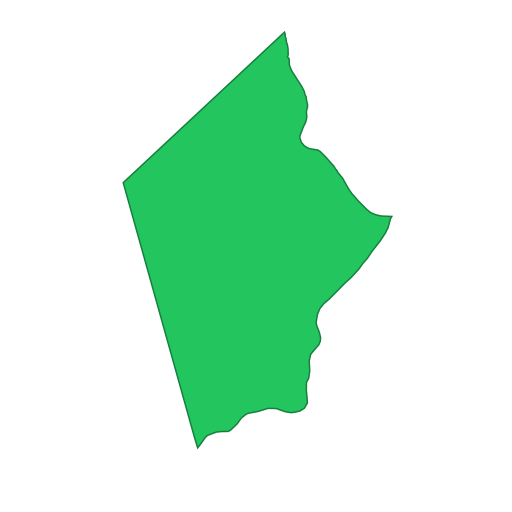 Nentón, Huehuetenango, Guatemala, rotated 317°
{"feature_id": "79465075B15120752201699", "entity_name": "Nentón", "entity_type": "district", "adm_level": 2, "iso_a3": "GTM", "parent_name": "Guatemala", "parent_adm1": "Huehuetenango", "projection": "robinson", "projection_center": [-91.636, 15.932], "detail": "fine", "context": "isolated", "style": "filled", "palette": "green", "viewbox_px": 512, "rotation_deg": 317, "n_neighbors": 0, "source": "geoboundaries", "source_scale": "gbopen_adm2", "svg_char_len": 1413}
<svg xmlns="http://www.w3.org/2000/svg" viewBox="0 0 512 512"><g transform="rotate(317 256 256)"><path d="M211.1,381.4L217.0,376.6L218.9,374.4L223.1,369.2L228.3,365.6L229.9,365.0L241.6,363.7L245.1,362.0L247.6,359.7L250.3,354.9L252.9,348.4L254.0,346.5L255.0,345.3L261.2,340.6L264.9,338.9L266.9,338.0L273.0,337.1L280.7,337.4L302.6,336.5L311.1,336.6L322.4,335.7L328.6,334.4L336.1,333.6L344.1,331.7L357.0,329.7L366.4,327.4L372.0,325.3L379.7,320.5L382.3,319.7L374.9,312.2L371.9,307.9L369.4,302.5L368.7,297.0L368.4,286.1L368.7,275.4L369.6,269.5L372.4,258.2L372.9,250.2L373.5,249.0L373.5,246.8L374.2,243.5L374.5,230.6L374.2,223.3L373.6,220.8L368.4,214.1L367.2,211.3L366.5,208.2L366.7,203.9L368.6,199.5L369.9,198.2L378.4,194.0L383.8,191.9L387.8,189.2L391.1,185.0L393.4,183.3L394.7,182.7L396.9,180.5L399.8,175.6L401.2,173.8L401.9,171.4L403.5,168.6L405.1,163.2L408.4,144.8L410.5,139.4L412.6,136.7L414.7,134.5L414.7,132.1L416.9,130.7L421.0,126.0L423.3,122.5L423.8,120.9L426.0,117.8L427.1,115.4L428.5,113.9L429.5,111.7L208.9,111.8L87.4,346.5L82.5,356.5L86.1,356.0L93.5,354.5L95.1,354.1L98.3,354.2L106.9,357.7L111.1,360.9L116.1,365.4L118.6,366.0L127.8,365.9L134.8,364.5L141.1,365.0L143.3,365.9L151.5,371.1L161.0,375.7L166.8,381.4L169.2,386.1L171.6,390.4L174.9,394.6L178.1,396.9L182.6,399.4L187.6,400.3L193.4,398.5L197.3,393.7L201.5,388.2L206.8,382.8L211.1,381.4Z" fill="#22c55e" stroke="#15803d" stroke-width="1.5"/></g></svg>